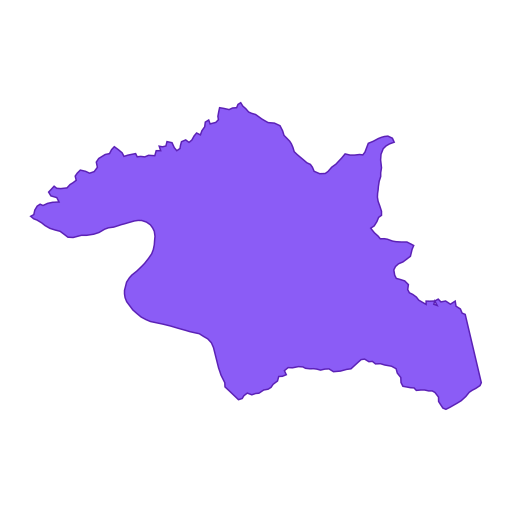 Ibitinga, São Paulo, Brazil (Mercator projection)
{"feature_id": "56859067B39469666412393", "entity_name": "Ibitinga", "entity_type": "district", "adm_level": 2, "iso_a3": "BRA", "parent_name": "Brazil", "parent_adm1": "São Paulo", "projection": "mercator", "projection_center": [-48.852, -21.791], "detail": "fine", "context": "isolated", "style": "filled", "palette": "violet", "viewbox_px": 512, "rotation_deg": 0, "n_neighbors": 0, "source": "geoboundaries", "source_scale": "gbopen_adm2", "svg_char_len": 4038}
<svg xmlns="http://www.w3.org/2000/svg" viewBox="0 0 512 512"><path d="M445.9,409.3L450.1,407.2L454.1,404.9L457.1,403.2L461.2,400.7L465.8,396.5L469.2,392.3L472.3,390.2L475.8,388.4L480.0,385.6L481.3,382.7L465.2,314.4L462.1,313.1L460.4,309.0L456.0,306.2L455.2,301.1L450.4,304.2L445.6,301.0L440.9,301.9L438.2,299.1L434.8,301.0L429.6,301.2L426.1,301.1L426.1,304.4L422.6,302.4L418.7,300.1L416.4,297.1L412.7,294.4L409.4,292.8L407.7,289.6L408.4,284.6L404.7,280.9L400.3,279.5L396.3,278.4L394.7,275.2L393.8,269.9L395.5,266.5L398.5,263.8L403.0,261.9L410.4,256.3L411.3,252.6L412.1,249.3L413.7,245.5L406.9,242.0L401.2,242.0L396.1,241.7L392.6,241.1L387.3,239.2L384.2,238.7L380.3,238.8L378.1,236.1L374.4,232.8L370.7,228.2L374.2,225.9L376.9,221.6L378.6,217.4L381.5,215.3L381.5,211.3L379.8,206.0L378.1,201.3L377.4,197.1L377.6,193.2L378.1,190.0L378.4,186.4L379.2,181.2L380.7,176.5L380.7,172.7L381.5,167.8L381.1,164.2L380.6,159.9L381.0,154.3L383.2,148.7L386.2,145.8L389.5,143.9L394.2,142.2L392.4,138.2L387.9,136.1L384.4,136.5L381.5,137.3L378.4,138.5L373.2,141.3L368.3,143.3L364.9,152.2L362.8,154.9L359.6,154.5L354.4,155.1L350.1,155.1L345.1,153.9L341.7,158.0L338.5,161.4L336.0,164.1L331.7,167.2L328.0,171.5L325.2,173.5L319.7,173.7L314.1,171.3L312.4,167.2L310.4,164.4L306.9,162.8L303.3,159.7L297.1,154.5L294.2,151.7L292.9,147.4L291.4,143.9L289.7,141.2L286.5,137.9L284.0,135.4L282.6,130.8L280.0,125.7L274.4,123.1L268.1,122.6L264.4,120.5L261.7,118.9L258.4,116.5L255.6,114.5L251.5,113.3L248.6,112.0L245.7,108.6L242.8,106.1L240.7,102.7L238.0,104.4L236.6,107.7L232.5,108.0L229.1,109.6L223.8,108.4L219.6,107.7L218.7,111.9L217.9,116.3L218.4,119.7L215.8,122.4L210.1,123.9L208.7,120.0L205.3,122.1L204.7,126.8L201.9,130.7L200.4,134.9L196.6,133.0L194.2,135.8L191.8,140.1L189.0,142.4L185.7,139.9L181.5,141.7L180.5,145.3L180.0,148.5L176.8,150.7L174.3,147.7L172.0,142.7L167.0,141.6L165.9,146.0L162.5,146.8L159.2,146.2L160.7,150.7L156.2,150.7L154.8,155.7L148.5,155.3L144.8,156.9L140.7,156.4L137.2,156.8L135.6,153.6L131.0,154.5L127.7,155.2L124.0,156.4L122.1,152.8L118.4,149.7L114.3,146.7L111.6,149.6L109.5,153.6L105.2,154.5L98.7,158.5L96.3,162.1L97.4,167.3L94.2,171.6L89.6,173.2L85.5,171.3L80.3,170.1L77.2,173.2L75.2,176.1L76.2,180.3L72.9,182.8L70.1,184.5L67.0,187.9L60.7,188.6L56.7,188.3L54.1,186.2L50.9,189.7L48.6,192.1L50.9,195.9L56.8,197.6L59.0,202.0L52.5,202.3L47.5,203.4L43.0,205.5L40.1,204.2L37.2,206.1L34.8,210.1L33.8,214.6L30.7,216.3L33.7,218.8L36.9,220.0L41.6,222.8L45.1,225.6L50.0,228.4L55.1,230.0L60.1,231.3L64.0,234.2L67.9,237.2L73.1,237.5L81.4,235.3L86.6,235.3L93.7,234.2L99.0,232.5L104.6,229.2L108.4,227.8L113.7,227.1L118.4,225.6L121.4,224.6L124.5,223.8L129.6,222.3L134.6,220.9L138.2,220.4L141.8,220.5L146.5,222.1L150.4,224.8L152.7,228.0L154.3,231.3L155.0,236.3L154.6,240.5L154.3,244.8L153.3,249.6L151.7,253.8L148.6,258.3L144.6,263.4L142.2,265.9L136.8,271.1L131.9,275.0L129.4,277.8L126.6,282.1L124.5,290.4L124.5,293.9L125.1,297.7L126.7,301.7L132.9,310.0L136.9,313.5L141.1,317.0L146.0,319.6L150.4,321.5L162.8,324.1L170.5,326.0L178.6,328.4L185.4,330.3L189.7,331.6L195.0,332.8L199.3,333.7L203.5,336.4L207.7,338.8L211.4,342.8L213.5,347.6L218.6,368.0L219.8,371.4L221.0,375.1L224.8,382.7L225.0,386.9L229.5,391.1L238.5,399.7L242.2,398.5L243.9,395.7L247.3,393.1L251.8,394.8L255.6,393.5L258.9,393.2L263.7,390.0L268.1,389.2L271.0,387.4L273.1,384.3L277.5,381.0L278.7,376.5L282.4,376.3L286.3,374.7L284.4,370.7L288.1,367.6L292.5,367.8L298.4,366.6L302.8,366.9L305.5,368.3L310.0,368.8L313.7,368.7L316.8,369.1L320.5,370.1L324.8,369.1L329.0,368.9L333.5,371.7L336.8,371.4L340.4,371.1L346.6,369.4L351.0,368.8L353.6,366.4L355.9,364.3L358.4,362.0L361.1,359.6L364.6,359.1L368.9,361.7L372.4,361.4L375.5,363.9L380.5,363.7L384.7,365.0L391.5,366.2L396.1,368.7L397.3,373.1L400.8,377.5L401.0,382.5L402.9,386.3L406.3,386.9L410.4,387.7L414.0,387.9L416.3,390.4L420.7,390.0L424.6,390.0L428.6,390.9L432.2,390.9L435.0,392.5L438.5,397.1L438.6,401.5L440.7,404.8L442.9,408.1L445.9,409.3ZM434.8,301.0L437.2,305.5L433.8,304.3L434.8,301.0Z" fill="#8b5cf6" stroke="#5b21b6" stroke-width="1.5"/></svg>